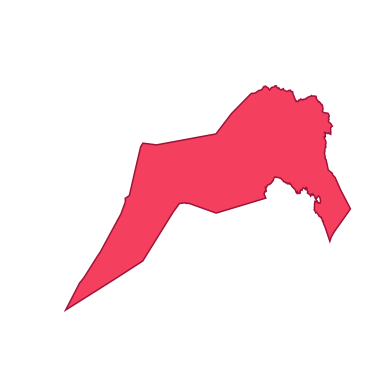 outline of Hamar nor, Hedmark, Norway, rotated 255°
{"feature_id": "86288312B93894082847731", "entity_name": "Hamar nor", "entity_type": "district", "adm_level": 2, "iso_a3": "NOR", "parent_name": "Norway", "parent_adm1": "Hedmark", "projection": "equal_earth", "projection_center": [11.19, 61.003], "detail": "fine", "context": "isolated", "style": "filled", "palette": "rose", "viewbox_px": 384, "rotation_deg": 255, "n_neighbors": 0, "source": "geoboundaries", "source_scale": "gbopen_adm2", "svg_char_len": 5996}
<svg xmlns="http://www.w3.org/2000/svg" viewBox="0 0 384 384"><g transform="rotate(255 192 192)"><path d="M251.9,157.2L248.9,154.1L236.1,147.2L204.7,130.5L203.2,125.9L199.7,125.1L189.1,117.6L180.8,109.7L157.8,87.9L154.5,84.1L137.2,65.4L134.2,61.3L133.4,60.1L110.7,39.4L127.2,92.6L138.1,126.6L177.5,168.6L183.2,175.7L184.1,176.9L183.4,182.5L182.6,183.2L181.9,186.0L165.4,209.9L166.5,246.0L167.0,261.7L167.8,261.5L169.8,261.4L170.9,261.0L172.0,261.5L172.6,261.6L173.6,262.3L173.8,263.0L173.2,263.2L173.5,263.7L173.6,263.9L174.0,263.9L175.3,264.3L175.9,264.1L176.8,263.9L177.2,264.0L176.9,264.2L177.0,264.6L177.2,264.9L177.2,265.2L177.5,265.4L178.3,265.7L178.5,266.0L178.6,266.5L179.1,266.9L179.1,267.2L179.2,267.8L179.1,268.2L179.5,268.8L179.6,269.3L179.5,269.8L179.9,270.2L179.9,270.5L180.1,270.8L180.6,271.3L181.0,272.1L181.7,272.7L181.9,273.1L181.9,273.3L182.1,273.5L184.0,274.5L184.3,274.9L184.5,275.2L184.7,275.4L184.9,275.7L185.0,276.2L184.9,276.4L184.5,276.7L184.3,277.0L184.3,277.6L184.2,278.0L182.7,280.6L182.4,280.7L182.4,281.2L182.3,281.3L182.2,281.5L180.8,281.9L180.5,282.4L180.0,282.7L178.9,282.9L178.1,283.4L177.9,283.7L178.1,284.1L178.0,284.3L177.6,284.6L176.8,284.8L176.6,284.9L176.5,285.1L176.6,285.5L176.4,285.8L176.2,285.9L176.2,286.1L175.4,286.3L175.0,286.6L174.9,287.4L175.1,287.4L175.0,287.7L175.1,288.1L175.4,288.2L175.4,288.5L174.5,288.6L174.2,288.7L174.0,289.0L173.9,289.0L173.9,289.6L172.4,289.8L172.1,289.7L170.2,290.7L169.7,291.2L169.0,291.3L168.9,291.5L168.4,291.7L168.5,291.7L168.3,291.9L167.7,292.1L167.2,292.3L166.1,292.4L165.7,292.5L165.3,292.4L164.5,292.6L165.0,292.7L164.2,292.8L164.3,292.9L165.0,293.7L164.0,294.0L163.6,293.6L163.2,293.8L163.3,293.9L163.3,294.3L162.8,295.4L162.8,295.8L162.9,296.1L163.6,296.5L164.0,296.4L164.1,296.7L164.6,296.7L165.9,297.2L165.7,297.9L165.2,298.7L165.7,298.8L165.9,298.9L165.8,299.0L166.9,300.0L167.1,300.2L167.3,300.5L167.0,301.1L165.0,302.2L164.9,302.4L164.8,302.7L165.0,302.8L165.5,303.0L166.9,303.3L166.8,303.5L166.0,304.0L164.7,303.4L163.5,303.7L163.2,303.9L162.6,304.1L162.2,303.8L162.3,303.7L161.9,303.5L161.7,303.6L161.8,303.7L161.5,303.8L161.4,303.7L160.9,303.3L160.3,303.8L159.9,304.4L159.4,304.9L158.6,305.3L157.3,305.5L157.5,305.8L157.9,305.8L157.9,306.3L158.2,306.6L158.7,306.2L159.1,306.6L157.8,307.8L158.0,308.1L158.5,308.4L155.2,309.6L154.1,309.3L153.7,309.5L154.3,309.8L153.5,310.0L153.3,310.3L153.8,310.9L153.7,310.9L154.2,311.3L154.4,311.5L155.5,313.1L154.9,313.5L154.5,313.6L153.4,314.1L151.0,313.9L148.9,313.5L148.4,313.2L148.5,312.7L148.1,312.6L148.2,311.9L148.4,311.7L150.0,310.8L149.4,310.5L150.4,309.8L151.0,309.8L150.9,309.9L151.0,310.0L151.0,309.8L151.5,309.7L151.1,309.5L150.9,309.0L150.2,308.3L150.7,308.1L150.1,307.8L148.6,307.2L146.7,306.7L145.8,306.3L144.3,306.0L143.3,305.4L143.0,305.4L142.5,305.8L140.0,306.1L140.2,306.4L140.1,306.7L140.1,307.1L138.4,307.7L137.5,308.2L137.2,308.2L137.2,308.3L136.2,308.2L135.0,309.3L134.6,309.6L134.2,309.6L134.2,310.3L130.0,310.6L130.1,311.0L127.8,310.9L126.3,311.0L124.8,311.4L123.3,311.5L108.7,312.4L112.1,314.6L114.2,316.5L115.7,318.0L119.4,322.2L121.1,324.4L133.2,338.9L134.8,340.7L155.4,336.1L169.0,334.0L172.0,332.3L173.1,332.4L173.7,332.4L178.1,329.3L188.7,329.9L188.9,329.7L189.4,329.3L192.4,329.8L195.7,330.0L196.1,330.2L196.2,330.3L196.2,330.6L196.3,330.7L199.3,331.5L200.1,332.1L200.2,332.4L200.6,332.8L201.3,333.1L202.6,333.0L203.3,333.2L203.6,333.5L203.7,333.8L203.9,333.9L206.5,334.4L207.5,334.2L208.9,333.8L209.5,333.8L211.3,334.0L211.4,334.3L210.9,334.6L210.6,334.9L210.7,335.1L211.2,335.3L212.9,335.6L213.3,335.7L213.8,335.7L214.8,335.3L215.3,335.4L215.2,335.8L214.9,336.2L214.6,336.4L214.5,336.5L213.8,337.5L213.3,338.5L213.8,339.3L213.7,339.5L212.9,339.8L212.3,340.3L211.8,340.9L215.1,341.9L217.2,342.2L218.1,342.6L218.3,342.9L218.6,343.1L219.0,343.8L219.4,344.6L219.5,344.5L220.7,344.2L222.5,343.5L223.6,342.7L224.0,342.4L224.6,342.0L224.9,342.0L225.2,342.0L225.4,342.3L226.2,342.7L226.8,343.2L227.1,343.2L227.8,342.9L228.4,343.0L228.8,343.4L229.4,344.0L229.6,344.1L230.4,344.3L231.8,344.0L232.4,343.9L232.8,343.7L233.4,342.7L233.6,342.1L233.7,341.9L233.7,341.6L233.9,341.3L234.0,341.2L233.9,340.8L234.0,340.4L235.6,339.1L235.8,338.8L236.2,338.7L237.5,339.7L238.2,340.0L241.4,340.4L242.8,340.1L242.7,339.8L243.2,339.6L243.8,339.4L246.2,338.4L246.3,337.8L246.2,337.6L247.9,337.2L248.8,336.5L249.0,336.3L252.3,336.6L253.3,334.3L253.3,334.0L253.3,333.4L253.6,333.0L253.6,332.7L253.9,332.4L254.1,332.4L254.0,332.2L253.8,331.4L253.7,329.8L253.6,329.2L253.6,328.6L253.2,327.8L253.1,326.9L252.5,326.7L252.6,324.0L252.4,323.9L252.5,323.6L252.4,323.5L252.2,323.1L252.2,322.9L252.9,322.3L252.8,321.9L252.8,321.7L253.3,321.4L253.6,321.2L253.1,320.8L253.0,320.6L253.3,320.1L253.1,319.0L251.9,318.3L251.8,318.0L252.1,317.6L252.3,317.3L252.7,317.0L252.9,316.6L252.4,316.2L251.8,316.1L253.4,315.9L255.9,315.4L258.8,315.2L259.9,314.9L262.8,315.1L263.0,314.3L263.2,313.9L264.7,313.6L264.7,313.3L264.5,312.9L264.7,312.6L265.1,312.3L265.1,311.9L264.9,311.8L264.8,311.1L264.5,310.1L265.0,309.3L265.6,308.1L266.1,307.8L266.4,307.4L267.3,307.0L268.0,307.0L267.8,306.6L268.0,306.3L268.0,305.5L267.5,305.0L267.5,304.7L267.6,304.4L267.9,303.9L269.0,303.1L270.1,302.8L269.8,302.0L269.9,301.9L270.8,301.3L272.7,300.9L272.9,300.4L273.0,299.9L272.9,299.7L272.9,299.4L272.4,299.1L272.1,298.0L272.2,297.7L272.3,297.7L272.4,296.9L272.3,296.7L272.4,295.9L272.2,295.6L272.1,295.4L271.6,295.2L271.4,294.7L271.3,294.3L270.7,293.7L270.5,293.2L271.9,292.7L273.0,292.4L273.3,292.0L273.7,291.6L274.5,290.9L275.2,290.5L275.3,290.1L274.9,289.3L275.0,289.1L275.2,288.9L275.0,288.6L274.9,288.2L273.1,286.4L272.9,285.8L272.7,285.5L272.7,285.2L272.5,284.6L272.7,284.2L272.7,283.9L272.6,283.4L272.8,282.8L272.7,282.4L272.2,281.4L272.0,280.7L271.7,279.9L271.6,279.6L271.2,278.1L271.4,277.5L271.4,277.3L271.4,277.1L271.4,276.7L271.7,276.2L271.6,275.8L271.9,275.0L271.9,274.8L257.5,250.4L241.9,230.2L246.7,169.9L251.9,157.2Z" fill="#f43f5e" stroke="#9f1239" stroke-width="1.5"/></g></svg>